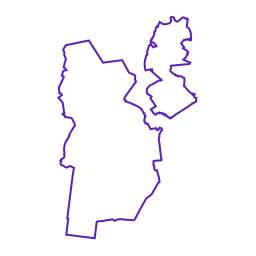 the district of Amsterdam, Noord-Holland, Netherlands, rotated 265°
{"feature_id": "6326949B30737301574950", "entity_name": "Amsterdam", "entity_type": "district", "adm_level": 2, "iso_a3": "NLD", "parent_name": "Netherlands", "parent_adm1": "Noord-Holland", "projection": "albers", "projection_center": [4.983, 52.355], "detail": "fine", "context": "isolated", "style": "outline", "palette": "violet", "viewbox_px": 256, "rotation_deg": 265, "n_neighbors": 0, "source": "geoboundaries", "source_scale": "gbopen_adm2", "svg_char_len": 5772}
<svg xmlns="http://www.w3.org/2000/svg" viewBox="0 0 256 256"><g transform="rotate(265 128 128)"><path d="M122.7,161.6L124.5,161.6L125.6,159.6L124.7,159.0L124.6,158.8L123.6,158.2L124.0,157.3L123.4,156.7L123.9,156.2L125.4,155.8L124.9,150.3L125.6,150.1L127.1,149.5L130.3,147.9L130.2,147.8L130.6,147.3L130.8,146.8L131.0,146.3L131.0,145.7L132.1,145.8L132.8,145.4L132.7,145.3L133.7,144.7L136.9,145.7L137.7,145.7L138.2,146.5L139.1,145.9L139.9,145.6L141.1,145.7L141.1,144.9L142.3,144.6L144.0,143.7L145.5,143.0L145.7,142.9L145.6,142.7L146.9,141.8L147.5,141.2L151.3,135.1L151.4,134.7L152.2,133.4L154.2,129.3L154.7,128.0L155.0,128.5L156.1,127.8L156.8,127.2L156.7,127.1L156.9,126.7L157.3,126.8L158.3,127.2L159.6,128.0L173.6,140.1L174.0,139.8L174.4,139.5L176.3,139.2L177.1,139.3L178.7,139.8L179.4,139.7L180.3,139.1L180.8,138.4L180.9,138.1L181.0,137.6L183.0,133.9L196.1,128.1L195.3,108.8L211.8,100.2L218.6,96.6L215.9,73.3L212.5,70.8L210.9,70.2L209.9,70.9L209.3,71.2L206.5,70.8L202.7,72.0L201.7,72.1L198.0,70.4L196.2,70.0L194.8,69.4L194.0,69.2L193.8,69.3L193.4,69.7L193.2,70.2L192.9,70.7L192.3,71.1L190.9,71.7L190.9,70.6L190.8,69.8L190.3,68.7L190.0,68.2L188.9,67.6L187.7,67.5L187.3,67.4L186.2,66.5L185.9,66.6L185.4,67.7L184.3,68.5L174.1,62.6L169.1,62.7L168.6,62.6L168.6,62.9L168.6,63.5L167.9,64.5L167.7,64.6L167.1,64.6L166.7,65.0L164.2,61.4L159.0,65.1L149.4,65.7L149.2,65.8L149.1,65.4L147.9,65.6L147.3,64.6L147.2,64.4L147.4,64.3L147.4,64.2L146.6,64.7L146.8,65.2L146.7,65.9L145.7,65.9L145.0,66.3L144.6,66.2L143.0,72.0L142.8,72.5L142.5,72.9L141.6,73.3L139.9,73.9L137.5,75.0L135.0,75.4L134.8,74.9L129.2,70.8L128.7,70.5L126.5,69.0L125.9,68.8L125.9,69.0L125.6,69.0L125.3,68.9L122.6,67.0L122.2,66.8L122.2,66.6L121.9,66.5L120.0,65.0L118.7,64.3L116.8,63.4L115.4,63.0L113.4,62.6L111.7,62.4L108.1,62.5L107.8,62.2L107.4,62.0L106.1,62.3L105.1,62.2L104.5,61.8L104.1,61.6L103.1,60.2L102.7,58.8L102.3,58.8L102.0,58.4L101.3,58.2L101.2,58.0L100.6,58.6L100.1,58.1L98.9,57.7L98.0,57.8L96.7,58.4L96.7,58.7L96.7,59.1L96.5,59.5L94.2,62.7L94.0,63.2L93.9,63.7L94.0,64.1L95.0,66.4L95.0,66.7L95.0,67.1L94.8,67.8L92.9,70.7L86.8,69.0L43.1,59.6L42.9,60.6L27.1,57.2L21.1,85.2L36.5,88.5L37.3,88.8L37.5,89.0L37.6,91.4L37.6,95.6L37.9,97.8L38.1,100.3L38.2,105.0L37.1,106.3L36.7,106.5L37.3,107.9L37.6,109.0L37.7,109.9L37.9,111.6L37.8,112.5L37.5,114.3L35.7,124.4L35.7,124.8L35.8,125.8L36.4,126.7L37.1,127.3L45.2,132.5L55.8,139.7L56.5,140.5L59.6,145.5L59.9,145.8L69.8,152.6L70.8,153.5L71.1,154.0L71.5,154.8L72.1,154.8L72.3,154.6L75.3,154.6L75.8,154.5L83.4,153.1L83.5,153.0L83.4,151.5L84.0,151.1L85.9,150.5L86.7,151.0L88.0,150.7L88.2,150.2L92.7,150.4L93.0,151.8L92.9,158.3L93.0,158.3L93.0,158.5L93.6,158.6L93.6,158.4L93.8,158.4L115.5,157.8L115.9,158.2L116.6,158.5L118.5,158.6L119.0,158.8L120.2,159.6L122.0,160.5L122.7,161.1L122.7,161.6ZM148.7,198.5L149.5,198.2L149.8,198.2L150.2,198.3L150.7,198.5L151.4,198.5L152.0,198.7L152.7,196.8L154.4,196.6L154.7,196.4L154.9,196.1L155.1,196.9L155.8,197.4L156.1,196.6L156.4,196.3L156.7,195.3L156.9,194.1L160.0,191.1L164.4,188.1L164.7,187.4L168.6,188.1L172.6,188.6L173.2,187.9L173.2,187.5L173.4,187.5L175.0,185.2L175.1,182.3L175.9,182.1L175.9,180.9L176.2,179.9L177.0,180.0L178.3,177.7L178.5,177.1L179.1,176.9L179.6,176.6L180.4,175.5L181.1,175.2L182.1,175.2L183.5,175.8L184.1,176.0L186.2,176.2L186.3,177.4L186.4,188.3L186.4,194.5L187.1,195.2L187.8,195.7L189.0,193.3L191.3,189.1L192.8,191.2L193.9,191.9L196.3,194.0L197.1,193.4L198.2,194.7L198.9,194.2L200.9,192.3L202.5,189.7L203.2,190.2L203.9,191.0L205.0,190.0L207.7,188.3L209.8,190.3L210.3,191.1L210.6,192.3L211.0,192.1L211.1,194.5L211.0,195.8L211.3,195.8L211.3,196.4L210.9,196.5L210.4,196.3L210.2,196.7L210.1,197.0L210.7,197.1L211.0,197.3L210.4,197.6L210.5,197.9L210.1,198.3L210.6,198.6L217.6,198.8L221.9,197.5L223.6,195.4L231.7,197.0L231.8,195.8L231.7,195.4L232.1,195.0L232.1,194.7L233.0,194.0L233.0,193.4L233.2,193.1L233.3,192.9L233.3,192.6L233.2,192.2L233.2,191.8L231.7,189.8L231.5,189.5L230.9,188.6L230.4,187.7L229.9,187.1L229.7,186.6L229.7,186.2L229.8,185.7L230.2,185.2L232.2,183.6L234.0,183.4L234.7,181.8L234.9,181.0L234.6,180.4L234.0,180.0L233.5,179.9L231.6,180.5L231.3,180.4L229.9,179.7L229.3,179.0L228.9,178.5L228.7,178.0L228.1,175.0L228.4,172.1L228.5,171.7L228.7,171.4L229.8,170.3L230.3,169.6L230.4,169.2L230.8,168.9L229.2,167.8L226.0,166.4L226.3,165.7L226.6,165.4L226.4,165.3L225.2,164.6L221.9,163.4L221.9,163.2L222.0,163.0L221.0,162.5L220.9,162.7L217.8,161.7L215.3,159.8L215.2,160.1L213.8,158.7L213.3,158.3L213.0,158.6L212.9,158.4L211.2,157.9L210.9,158.0L210.6,158.1L210.9,158.7L211.1,159.6L210.9,160.8L209.8,161.7L209.3,162.2L208.4,162.8L207.8,163.0L207.0,163.4L206.8,163.1L207.4,162.7L206.1,160.4L206.9,159.6L208.1,158.9L208.7,158.4L208.7,158.1L208.8,156.6L208.0,156.3L207.3,155.8L206.5,155.4L201.9,153.6L201.2,153.5L200.2,153.8L199.5,153.7L199.1,153.4L199.4,153.1L198.8,152.6L198.6,152.8L197.9,152.3L196.3,151.6L192.5,150.5L190.2,150.0L188.0,150.2L186.2,150.0L185.3,150.1L183.8,150.6L184.2,152.8L184.5,157.0L183.4,157.3L183.2,156.1L183.1,155.9L177.7,160.9L174.9,163.8L172.8,165.6L172.6,165.3L172.4,165.1L172.4,163.8L172.5,163.1L172.4,162.4L171.5,160.7L169.6,156.5L169.3,155.8L168.8,154.2L167.8,152.6L165.4,150.3L164.5,150.1L163.1,150.1L162.6,149.9L161.6,149.7L161.1,150.2L160.1,150.3L159.8,151.1L159.4,151.8L158.1,153.1L157.7,153.9L157.2,154.3L155.7,152.9L147.3,157.6L144.5,152.5L140.4,154.8L139.4,156.1L139.0,156.2L138.8,157.0L140.1,158.2L140.3,159.3L140.7,160.4L139.9,160.8L140.3,161.6L140.0,162.7L139.0,163.2L139.4,164.0L139.4,164.6L137.4,165.7L138.1,166.8L136.8,167.5L134.5,169.9L134.7,170.0L134.1,170.6L134.4,171.0L134.2,171.3L134.4,171.5L134.2,171.6L134.8,172.8L135.4,173.8L136.0,174.6L136.3,175.2L137.3,176.7L143.7,189.1L147.0,194.6L146.8,194.7L148.7,198.5Z" fill="none" stroke="#5b21b6" stroke-width="2"/></g></svg>